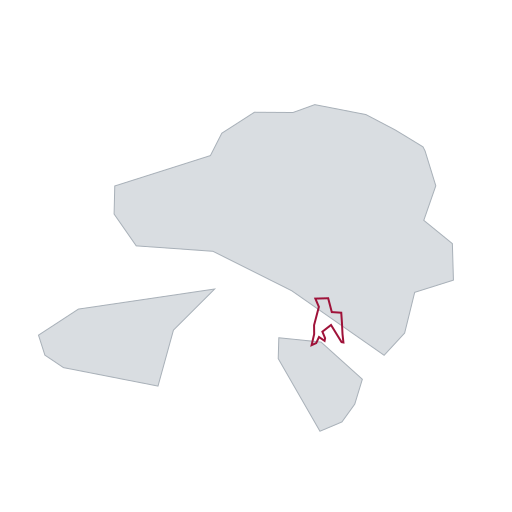 location of Kowloon City within Hong Kong S.A.R., rotated 11°
{"feature_id": "HKG-5158", "entity_name": "Kowloon City", "entity_type": "state/province", "adm_level": 1, "iso_a3": "HKG", "parent_name": "Hong Kong S.A.R.", "parent_adm1": "", "projection": "albers", "projection_center": [114.191, 22.32], "detail": "fine", "context": "in_parent", "style": "outline", "palette": "rose", "viewbox_px": 512, "rotation_deg": 11, "n_neighbors": 0, "source": "natural_earth", "source_scale": "10m", "svg_char_len": 931}
<svg xmlns="http://www.w3.org/2000/svg" viewBox="0 0 512 512"><g transform="rotate(11 256 256)"><path d="M199.0,142.0L201.3,139.8L227.0,115.2L264.9,108.1L284.8,96.2L336.9,96.2L368.9,105.8L399.1,117.0L401.9,120.6L419.1,152.8L413.9,189.0L446.4,206.4L454.4,242.0L418.7,261.4L416.6,303.3L400.7,329.0L297.7,283.3L212.8,259.6L136.5,268.9L108.7,241.9L104.0,214.2L192.1,166.1L199.0,142.0ZM184.6,402.4L88.3,402.3L67.7,393.6L57.6,375.2L91.8,342.0L221.7,296.3L189.1,344.5L184.6,402.4ZM372.0,402.5L352.2,415.8L297.4,352.5L294.0,331.9L336.3,328.1L383.9,356.7L381.2,382.6L372.0,402.5Z" fill="#d9dde1" stroke="#a8b0b8" stroke-width="1"/><path d="M355.8,316.1L358.3,324.2L356.4,324.2L342.8,309.4L335.6,317.6L339.5,323.5L339.5,326.2L333.3,323.5L331.7,330.0L327.6,332.9L328.0,321.6L326.2,312.8L326.7,305.3L327.4,293.9L322.4,286.5L334.9,283.7L341.1,296.6L350.5,295.4L353.0,304.7L355.8,316.1Z" fill="none" stroke="#9f1239" stroke-width="2"/></g></svg>